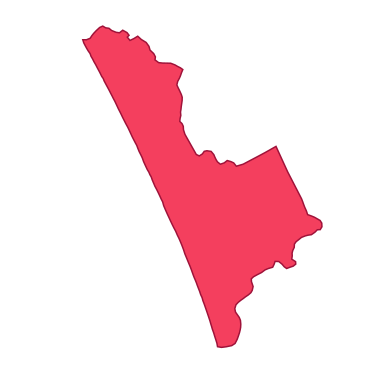 outline of Jaguaruna, Santa Catarina, Brazil, rotated 100°
{"feature_id": "56859067B4369152609379", "entity_name": "Jaguaruna", "entity_type": "district", "adm_level": 2, "iso_a3": "BRA", "parent_name": "Brazil", "parent_adm1": "Santa Catarina", "projection": "robinson", "projection_center": [-49.046, -28.668], "detail": "fine", "context": "isolated", "style": "filled", "palette": "rose", "viewbox_px": 384, "rotation_deg": 100, "n_neighbors": 0, "source": "geoboundaries", "source_scale": "gbopen_adm2", "svg_char_len": 2968}
<svg xmlns="http://www.w3.org/2000/svg" viewBox="0 0 384 384"><g transform="rotate(100 192 192)"><path d="M46.9,299.2L45.2,302.2L45.3,305.6L44.1,308.7L46.0,311.5L49.7,314.3L52.9,316.4L55.5,317.8L58.3,319.0L60.4,322.4L61.0,326.0L63.9,324.5L66.4,322.6L68.9,320.6L71.1,318.7L73.4,316.4L75.9,315.0L78.1,313.1L80.8,311.1L83.4,308.9L86.3,306.7L90.1,303.7L93.8,301.0L95.7,299.1L97.9,297.8L100.7,295.6L103.6,293.3L106.4,291.1L108.8,289.3L111.4,287.3L113.7,285.6L116.1,283.7L119.2,281.5L122.8,279.0L125.7,276.8L128.0,275.1L130.8,273.1L136.0,269.2L139.5,266.4L142.6,264.2L145.2,262.4L147.8,260.6L150.6,258.5L153.6,256.2L155.7,254.5L158.1,253.1L161.3,251.1L164.5,248.7L167.0,246.9L170.4,245.0L173.6,242.8L177.6,240.0L180.0,237.9L182.2,236.5L184.2,234.8L187.1,233.2L190.3,231.1L192.8,229.5L195.7,227.2L198.7,225.0L201.1,223.3L204.6,220.9L206.8,219.2L210.4,217.5L214.4,214.9L217.8,212.6L220.8,210.5L224.4,208.0L227.5,205.8L230.6,203.5L233.4,201.3L236.9,199.0L239.9,196.8L243.1,194.7L246.4,192.6L250.3,190.3L254.1,188.3L256.6,186.7L259.6,184.8L262.3,183.1L265.7,180.9L268.9,179.0L271.2,177.7L273.5,176.4L276.0,174.9L278.1,173.5L280.5,172.0L283.5,170.3L285.8,168.9L288.6,167.2L291.6,165.6L294.3,163.7L297.1,162.4L299.9,160.7L303.3,158.8L307.6,156.4L312.0,154.0L316.3,151.7L318.6,150.6L321.1,149.3L323.6,148.1L326.9,146.2L330.3,144.5L333.5,142.8L336.6,141.2L339.9,140.0L339.9,136.0L338.5,131.5L336.4,126.2L333.7,123.3L329.2,121.9L325.7,121.3L322.3,120.8L319.4,120.6L316.9,120.6L313.7,121.0L310.0,122.0L307.3,123.7L305.0,126.0L302.7,128.3L299.4,129.6L295.4,129.1L292.6,127.3L290.1,125.1L288.0,123.0L286.0,121.2L283.5,118.6L280.9,116.5L278.4,115.6L274.5,115.4L269.9,117.9L267.2,118.5L264.8,116.7L262.2,113.5L259.2,109.5L256.0,106.5L254.0,103.4L252.1,99.5L249.0,98.6L245.9,98.1L245.4,94.4L247.5,90.7L249.6,88.2L250.9,85.5L249.1,82.5L247.5,79.5L245.0,77.3L242.6,77.9L240.8,82.1L237.5,82.2L234.9,82.8L232.1,82.6L228.8,81.7L225.5,82.1L222.8,80.8L220.0,78.3L217.7,76.3L215.6,72.9L214.4,70.3L213.3,67.0L210.3,64.0L207.4,62.0L206.8,59.2L203.7,58.0L200.1,58.8L197.8,60.9L195.6,67.0L194.9,70.1L194.2,74.2L190.7,76.1L187.5,78.3L185.0,79.8L182.0,81.5L179.7,82.9L155.4,101.4L132.5,117.2L140.5,126.9L145.6,133.4L155.7,146.4L158.9,152.8L156.1,156.0L155.3,159.0L154.9,162.8L157.7,165.3L159.7,168.9L157.9,172.2L155.7,174.1L153.6,175.6L151.4,177.0L148.7,180.2L148.8,184.5L149.8,187.0L152.7,188.4L155.2,191.1L154.3,194.3L136.4,209.0L132.2,211.2L128.8,212.0L126.4,213.7L124.6,216.3L121.7,216.5L118.6,216.3L115.2,217.2L112.6,217.2L109.9,217.4L106.7,217.5L103.6,217.6L100.4,218.1L97.9,219.4L94.7,221.6L91.7,223.8L89.2,225.5L85.6,225.3L82.3,224.2L79.8,223.6L76.1,223.0L73.0,222.3L71.7,225.0L70.9,227.8L69.8,230.8L68.9,235.3L69.6,240.0L70.1,243.0L70.4,247.3L68.3,251.4L65.3,251.5L62.4,253.7L59.5,258.0L56.0,259.7L52.7,263.1L50.6,268.4L48.0,272.5L51.0,275.9L53.5,279.4L50.7,282.6L48.6,281.2L46.3,283.7L44.7,288.3L47.8,291.1L47.9,294.5L46.9,299.2Z" fill="#f43f5e" stroke="#9f1239" stroke-width="1.5"/></g></svg>